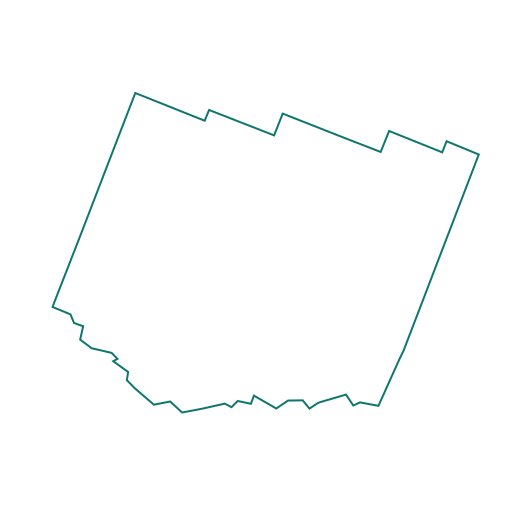 the district of Butler, Missouri, United States of America, rotated 111°
{"feature_id": "52423323B14076853941124", "entity_name": "Butler", "entity_type": "district", "adm_level": 2, "iso_a3": "USA", "parent_name": "United States of America", "parent_adm1": "Missouri", "projection": "natural_earth1", "projection_center": [-90.333, 36.712], "detail": "fine", "context": "isolated", "style": "outline", "palette": "teal", "viewbox_px": 512, "rotation_deg": 111, "n_neighbors": 0, "source": "geoboundaries", "source_scale": "gbopen_adm2", "svg_char_len": 746}
<svg xmlns="http://www.w3.org/2000/svg" viewBox="0 0 512 512"><g transform="rotate(111 256 256)"><path d="M147.1,427.1L196.2,427.2L199.5,427.2L199.8,427.2L299.6,427.3L371.2,427.7L376.5,427.6L377.0,408.3L383.8,401.8L383.5,392.2L397.1,390.2L401.0,376.4L398.2,356.1L401.7,348.5L405.4,351.6L410.1,333.8L418.2,332.1L423.1,321.3L431.4,298.0L422.6,284.0L428.6,268.9L417.7,251.3L405.0,232.2L405.9,224.7L397.9,221.1L395.8,207.8L387.1,207.9L391.1,182.4L379.5,174.3L374.0,160.7L379.3,151.4L370.6,145.2L353.1,122.3L360.7,111.6L355.4,106.4L352.0,88.0L300.5,85.1L291.3,84.3L81.4,84.4L80.6,119.2L92.5,119.3L91.6,176.5L114.2,176.9L114.1,212.6L113.5,282.1L136.9,282.3L136.5,352.1L148.1,352.4L147.1,427.1Z" fill="none" stroke="#0f766e" stroke-width="2"/></g></svg>